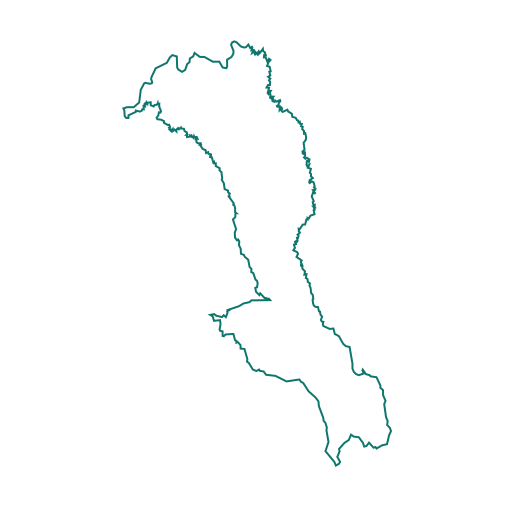 Tauramena, Casanare, Colombia (Equal Earth projection), rotated 175°
{"feature_id": "7082276B3556955758097", "entity_name": "Tauramena", "entity_type": "district", "adm_level": 2, "iso_a3": "COL", "parent_name": "Colombia", "parent_adm1": "Casanare", "projection": "equal_earth", "projection_center": [-72.586, 4.743], "detail": "fine", "context": "isolated", "style": "outline", "palette": "teal", "viewbox_px": 512, "rotation_deg": 175, "n_neighbors": 0, "source": "geoboundaries", "source_scale": "gbopen_adm2", "svg_char_len": 6106}
<svg xmlns="http://www.w3.org/2000/svg" viewBox="0 0 512 512"><g transform="rotate(175 256 256)"><path d="M141.2,97.3L139.6,100.4L141.5,106.2L141.2,111.4L143.6,113.9L143.4,116.2L146.5,124.7L152.5,126.2L153.2,127.4L156.8,128.7L159.5,133.5L160.0,132.5L158.7,129.6L164.0,128.3L166.8,129.8L168.7,132.2L169.7,135.5L169.3,140.5L170.7,157.2L174.4,158.4L176.8,160.9L180.4,168.9L184.3,171.5L185.2,177.0L188.9,176.9L195.0,180.4L195.4,182.2L194.6,184.5L196.2,185.0L196.9,186.7L195.4,189.9L196.9,192.0L197.1,195.0L198.1,195.4L198.7,199.7L201.3,200.2L202.7,201.6L203.3,203.9L203.4,207.7L202.6,208.4L202.9,212.5L204.3,214.2L204.4,219.5L205.3,221.6L204.6,224.0L206.6,225.6L206.7,228.6L208.3,229.8L207.3,233.5L209.4,233.2L208.5,236.4L210.9,239.4L210.8,241.8L212.0,242.4L211.9,243.3L210.8,243.0L211.9,246.2L210.9,247.6L215.7,251.5L213.9,254.6L214.8,256.4L218.3,258.4L216.5,260.7L217.2,264.0L215.2,264.3L215.9,266.7L214.9,267.3L214.2,266.4L213.2,267.6L213.6,270.5L212.5,270.4L211.8,272.7L212.7,273.6L210.2,275.5L211.2,276.9L211.1,279.4L210.2,278.9L206.7,283.2L204.3,283.1L202.6,288.0L201.4,287.7L201.3,289.6L200.0,288.9L198.2,291.5L194.1,292.5L194.6,296.6L193.5,297.0L194.1,298.8L193.2,299.0L194.3,300.1L193.2,300.0L193.0,302.0L194.3,301.6L194.8,304.7L193.7,305.6L195.3,310.4L193.6,314.3L191.3,312.9L193.5,316.7L191.2,316.8L190.9,318.0L192.3,319.3L191.5,320.4L192.2,324.4L194.1,325.5L196.1,324.0L196.6,324.7L195.9,326.9L192.6,328.7L194.3,330.6L194.0,332.9L195.1,334.2L193.7,338.1L196.6,339.4L195.2,342.0L197.2,341.1L197.7,342.3L197.1,346.1L195.6,346.6L195.1,345.2L194.3,347.5L196.7,349.4L198.2,348.5L199.6,350.0L198.3,351.4L198.2,355.1L199.4,355.5L200.0,353.7L200.5,354.0L200.6,356.0L198.4,357.6L198.7,364.7L196.3,367.3L195.7,370.1L196.2,374.0L197.5,373.7L197.3,376.4L198.9,378.3L198.2,380.5L199.8,381.3L198.9,383.6L200.7,384.0L200.7,385.9L202.0,385.5L202.2,387.3L203.3,387.7L204.4,390.2L207.7,391.5L207.9,394.6L211.3,397.1L212.0,399.0L216.9,397.2L218.1,398.7L217.1,400.6L217.7,401.6L219.7,399.5L219.2,402.9L221.7,402.8L222.1,403.7L220.3,404.6L219.9,406.7L218.3,408.0L218.5,409.2L222.4,408.0L223.2,409.0L224.3,408.0L226.1,408.9L226.0,410.9L224.6,409.7L225.8,412.2L224.8,413.2L226.2,413.4L227.1,411.6L228.2,412.5L227.5,415.6L228.1,417.4L226.9,419.2L228.0,419.3L229.5,416.3L230.2,417.2L228.3,422.5L230.8,422.9L229.0,425.4L227.3,425.1L226.7,428.2L227.8,429.8L226.3,431.5L228.3,433.5L226.0,434.6L226.7,438.4L225.3,438.7L225.9,443.3L228.4,444.3L226.6,448.0L224.5,450.0L225.8,451.3L227.7,448.4L229.1,453.2L230.8,453.2L230.3,455.6L228.8,455.3L229.4,458.1L231.1,459.6L231.1,461.7L234.5,457.9L235.4,459.8L237.0,458.0L236.0,457.1L236.6,456.3L238.8,459.3L239.3,455.9L239.8,459.8L242.0,458.6L240.7,461.4L242.6,461.3L241.5,463.8L241.8,464.7L243.6,463.7L245.2,467.3L247.7,464.9L249.6,464.7L252.9,466.1L256.6,470.5L259.0,471.7L261.3,470.7L262.4,468.5L260.5,462.2L261.1,459.1L263.2,456.3L267.7,454.1L268.2,447.7L269.1,445.7L272.8,446.7L275.6,452.8L282.0,453.3L290.1,458.8L294.5,459.2L299.5,463.6L301.2,460.3L304.7,458.5L305.3,455.0L307.9,453.1L310.3,447.6L313.6,445.9L317.1,448.5L318.1,450.6L317.5,461.7L321.9,463.4L324.6,461.2L328.0,456.2L339.6,451.7L344.4,443.5L345.1,441.5L344.2,438.2L344.7,437.2L346.6,436.8L351.3,438.2L352.5,437.5L356.3,431.6L359.0,419.1L364.8,414.9L371.5,415.5L375.2,414.6L374.5,412.6L374.6,406.8L373.2,404.8L371.1,404.6L370.7,407.3L363.2,410.0L363.0,411.3L359.1,410.0L357.2,410.6L356.6,412.0L355.0,411.8L354.9,415.3L353.5,414.7L353.8,417.1L352.9,417.9L352.3,417.2L351.7,418.7L350.9,417.2L350.7,418.2L347.5,418.3L347.7,415.3L344.9,413.9L344.0,415.2L341.1,415.5L340.5,416.8L340.4,415.8L339.1,416.1L339.4,413.3L338.0,408.5L338.7,407.2L340.2,407.6L341.1,404.5L342.9,402.6L342.4,400.9L338.5,400.0L335.9,398.3L336.1,396.7L332.4,394.2L331.0,394.3L330.4,391.9L331.4,391.4L330.5,390.0L331.2,389.6L329.9,388.1L329.2,388.8L328.9,387.9L327.8,389.6L327.6,387.9L326.2,389.1L324.5,387.1L324.5,388.5L323.4,389.6L322.3,389.0L322.1,390.1L321.3,389.4L319.7,390.5L319.7,389.6L316.7,389.0L316.3,386.7L314.1,385.1L313.9,383.5L314.9,382.7L314.0,382.5L314.4,381.9L314.3,380.5L311.3,380.7L311.2,381.6L309.9,380.5L309.7,381.5L307.9,379.1L307.3,380.8L306.9,379.7L304.7,379.8L304.1,378.1L305.4,378.6L305.9,377.3L305.1,377.1L305.4,374.5L303.7,373.2L301.7,373.2L302.1,372.2L301.2,372.6L300.9,371.6L301.6,370.7L299.7,367.2L297.0,365.9L296.8,362.9L294.6,363.6L294.4,361.9L292.0,361.2L292.0,359.3L292.8,360.0L293.1,358.5L291.3,357.9L290.4,352.9L289.6,353.4L289.6,351.9L288.0,351.9L288.2,349.1L284.5,346.6L284.9,344.6L283.1,342.5L282.9,335.9L283.5,334.9L281.7,331.3L281.4,325.4L278.2,323.6L278.2,321.8L276.7,320.5L277.4,319.3L277.1,317.2L277.7,317.3L273.6,310.4L274.2,309.0L273.3,308.5L272.6,305.7L273.0,301.5L271.9,300.4L272.7,300.5L273.3,296.5L275.8,294.4L273.5,284.6L275.1,281.1L275.3,276.2L273.5,273.2L272.4,274.0L271.4,272.1L272.0,268.1L270.6,264.5L270.8,259.5L267.9,258.1L267.3,256.2L264.1,253.0L263.3,245.5L261.7,243.6L262.1,240.4L260.2,239.3L258.6,232.6L257.2,231.3L256.7,228.7L257.7,224.8L259.5,224.3L259.1,220.4L256.1,216.8L255.1,218.4L251.0,213.3L249.1,213.1L247.9,211.6L246.9,212.3L245.8,210.8L264.5,212.2L266.4,210.6L272.6,209.8L277.2,207.5L288.4,204.8L287.7,204.2L289.5,203.5L289.3,202.0L291.3,197.8L293.4,199.8L295.1,198.1L300.8,200.0L302.8,201.8L306.7,201.3L304.4,199.7L303.5,195.1L297.4,195.2L297.3,191.1L298.7,186.0L298.2,184.5L295.9,183.9L296.2,179.2L295.0,178.9L293.2,180.5L285.3,180.3L284.2,174.0L282.9,173.1L283.1,171.4L281.6,171.8L279.2,168.6L279.4,165.1L275.6,164.4L273.6,154.1L274.2,151.5L272.6,150.3L269.0,143.1L265.7,141.4L262.8,142.6L262.3,141.3L258.5,140.3L256.3,136.8L247.1,134.9L236.5,128.4L223.6,129.2L221.9,126.5L220.1,125.5L215.4,116.6L209.3,110.2L206.5,105.9L206.4,100.8L203.1,89.0L203.0,85.9L201.4,83.8L200.4,79.0L201.0,76.1L200.0,64.4L203.8,55.5L195.9,44.1L194.7,40.3L191.4,41.8L190.2,43.6L192.5,48.8L189.8,54.0L190.1,56.5L184.2,62.1L179.6,64.6L176.9,69.7L174.2,67.5L169.4,66.5L165.7,60.5L164.8,56.7L162.5,57.1L159.7,60.2L155.6,54.8L153.6,55.3L152.7,53.7L147.0,56.4L141.9,57.1L139.0,65.9L136.8,69.8L137.5,72.9L140.1,76.3L139.2,80.0L140.5,84.1L141.2,97.3Z" fill="none" stroke="#0f766e" stroke-width="2"/></g></svg>